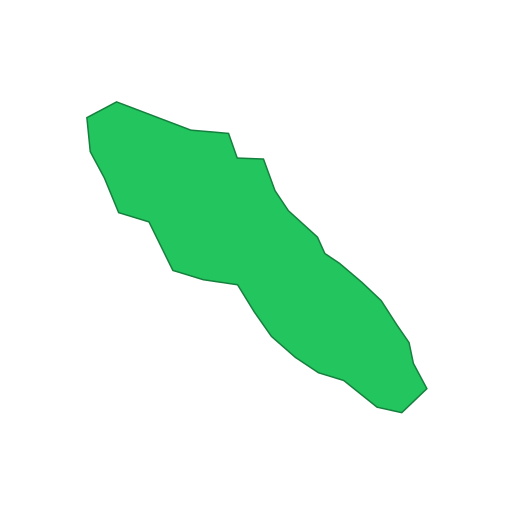 outline of Fterikoudi, Nicosia, Cyprus, rotated 287°
{"feature_id": "46923920B21342367895677", "entity_name": "Fterikoudi", "entity_type": "district", "adm_level": 2, "iso_a3": "CYP", "parent_name": "Cyprus", "parent_adm1": "Nicosia", "projection": "albers", "projection_center": [33.075, 34.965], "detail": "fine", "context": "isolated", "style": "filled", "palette": "green", "viewbox_px": 512, "rotation_deg": 287, "n_neighbors": 0, "source": "geoboundaries", "source_scale": "gbopen_adm2", "svg_char_len": 563}
<svg xmlns="http://www.w3.org/2000/svg" viewBox="0 0 512 512"><g transform="rotate(287 256 256)"><path d="M146.8,416.0L148.8,441.2L179.1,458.2L199.3,437.9L217.9,427.7L231.3,410.8L249.9,388.8L261.7,365.1L273.4,338.0L278.5,321.1L292.0,309.3L308.8,273.7L324.0,255.1L350.9,234.8L344.2,209.4L365.2,193.9L362.2,179.6L357.3,156.9L362.6,77.6L338.9,53.8L307.3,67.0L286.3,88.2L257.3,112.0L257.3,143.7L217.9,180.7L217.9,212.4L223.1,246.8L202.1,270.6L183.6,294.3L170.5,323.4L162.6,349.9L162.6,376.3L146.8,416.0Z" fill="#22c55e" stroke="#15803d" stroke-width="1.5"/></g></svg>